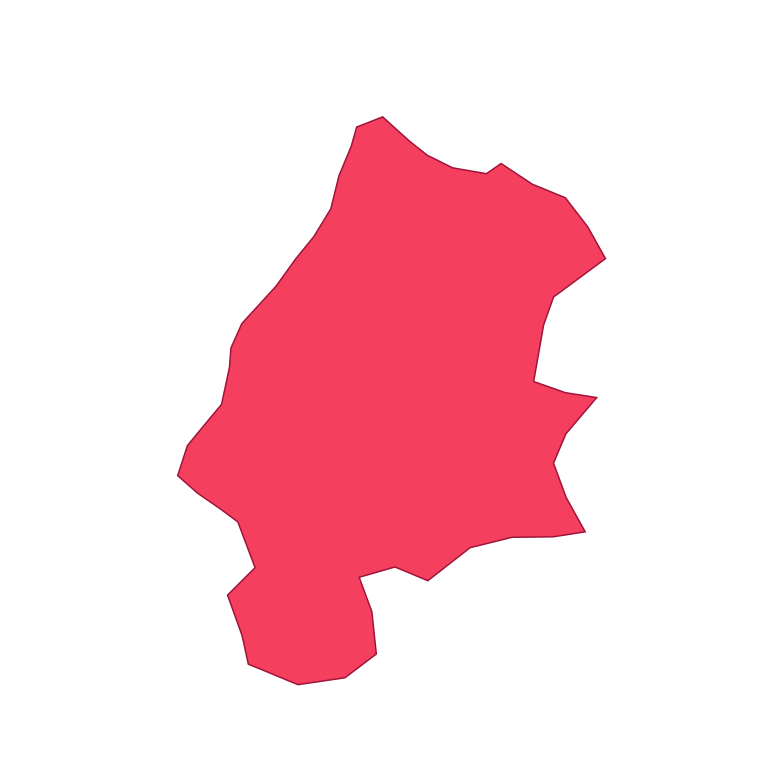 the district of Astromeritis, Nicosia, Cyprus, rotated 331°
{"feature_id": "46923920B14143011196378", "entity_name": "Astromeritis", "entity_type": "district", "adm_level": 2, "iso_a3": "CYP", "parent_name": "Cyprus", "parent_adm1": "Nicosia", "projection": "albers", "projection_center": [33.031, 35.133], "detail": "fine", "context": "isolated", "style": "filled", "palette": "rose", "viewbox_px": 768, "rotation_deg": 331, "n_neighbors": 0, "source": "geoboundaries", "source_scale": "gbopen_adm2", "svg_char_len": 819}
<svg xmlns="http://www.w3.org/2000/svg" viewBox="0 0 768 768"><g transform="rotate(331 384 384)"><path d="M593.3,247.9L575.5,249.7L548.8,228.2L532.8,205.0L523.9,183.6L512.3,149.7L484.7,146.0L470.5,160.3L445.6,180.0L422.4,205.0L394.0,221.1L367.3,231.8L337.0,246.1L289.0,262.2L267.6,278.3L257.0,294.4L232.1,323.0L200.0,335.5L182.2,342.6L159.1,364.1L168.0,389.1L180.4,414.1L189.3,433.8L182.2,482.1L144.8,492.8L137.9,535.3L129.5,563.3L144.5,582.0L146.2,584.2L162.9,605.2L187.5,614.5L207.4,622.0L246.4,616.4L263.0,577.3L268.6,541.0L304.8,549.3L327.0,577.3L379.9,568.9L421.6,580.1L457.7,599.6L488.3,610.8L488.3,571.7L493.9,535.4L518.9,515.8L563.4,499.0L538.4,479.5L516.1,454.4L552.3,409.7L574.5,390.1L638.5,381.7L638.4,345.4L632.9,309.1L610.6,281.2L593.3,247.9Z" fill="#f43f5e" stroke="#9f1239" stroke-width="1.5"/></g></svg>